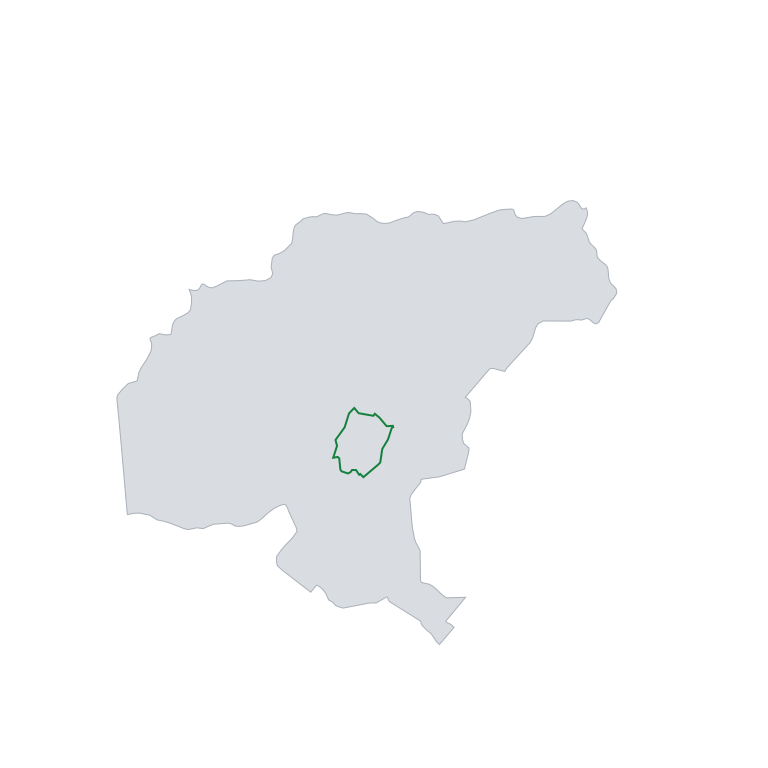 Ayod, Jonglei, South Sudan (highlighted), rotated 130°
{"feature_id": "79223893B14285446390064", "entity_name": "Ayod", "entity_type": "district", "adm_level": 2, "iso_a3": "SSD", "parent_name": "South Sudan", "parent_adm1": "Jonglei", "projection": "orthographic", "projection_center": [30.968, 8.272], "detail": "fine", "context": "in_parent", "style": "outline", "palette": "green", "viewbox_px": 768, "rotation_deg": 130, "n_neighbors": 0, "source": "geoboundaries", "source_scale": "gbopen_adm2", "svg_char_len": 4224}
<svg xmlns="http://www.w3.org/2000/svg" viewBox="0 0 768 768"><g transform="rotate(130 384 384)"><path d="M587.3,558.5L567.8,578.3L566.5,579.5L564.1,581.0L556.1,581.1L548.0,580.2L540.4,575.1L532.8,579.1L527.9,580.4L525.1,580.8L518.2,581.5L508.7,583.6L504.3,586.3L502.0,588.4L500.1,592.2L499.1,592.6L497.3,592.1L494.9,590.6L489.8,588.4L487.2,583.5L484.8,580.6L482.8,579.1L474.7,583.9L470.8,585.1L467.6,585.0L461.7,582.2L455.2,579.9L451.8,579.9L446.8,582.8L441.1,587.2L438.2,591.5L436.8,594.1L434.8,590.1L432.9,587.7L430.1,586.7L424.7,587.7L423.3,586.3L423.1,582.9L422.3,579.8L420.9,577.5L416.7,575.2L405.9,570.5L397.5,561.0L393.3,556.7L390.3,553.8L386.0,546.4L381.0,541.3L375.0,539.0L371.1,540.1L367.0,545.5L359.3,550.6L355.8,550.8L351.3,548.0L345.6,546.0L335.5,545.1L331.3,547.5L325.7,551.4L321.1,553.7L318.2,553.9L315.5,553.0L312.4,552.4L309.8,552.3L304.4,548.7L301.5,546.1L299.7,543.5L296.6,541.8L293.0,540.3L290.5,538.1L289.2,535.2L287.2,531.6L284.6,528.3L276.3,522.4L273.9,519.0L272.2,515.6L268.8,511.8L265.2,506.8L264.1,499.6L264.0,493.7L263.2,491.0L261.7,488.3L259.9,486.0L257.1,483.3L250.3,479.5L243.4,475.1L240.1,472.5L233.8,471.5L230.0,469.0L226.8,463.5L225.6,459.1L222.4,455.6L221.1,453.2L220.3,450.3L223.0,441.7L219.3,438.6L213.9,434.5L210.0,430.1L207.6,426.1L200.6,420.7L185.4,412.6L176.6,407.5L171.8,402.9L167.7,398.4L167.3,396.6L170.1,392.2L170.5,388.6L168.4,384.5L159.3,376.8L152.1,368.4L146.6,365.7L133.4,363.2L129.6,362.2L125.6,360.6L121.8,356.8L120.5,352.3L122.6,345.3L121.4,343.1L119.1,342.4L119.8,341.0L122.4,337.6L126.5,335.4L137.5,332.1L138.1,330.8L138.4,326.3L139.4,324.2L143.2,318.1L143.8,315.7L144.1,310.5L144.6,308.0L145.7,306.3L148.8,303.3L149.9,301.5L150.4,297.5L150.2,289.6L151.8,286.5L158.8,279.4L160.7,276.2L161.4,273.3L161.4,270.4L161.9,267.5L164.0,264.8L165.7,263.9L170.8,263.2L174.3,263.8L198.5,259.2L201.4,259.9L202.6,262.8L202.4,267.4L202.8,269.7L204.1,271.3L207.9,273.6L210.5,277.3L211.9,278.7L215.7,281.3L233.5,302.7L238.6,304.7L243.5,304.0L253.4,299.7L258.3,298.7L292.7,300.2L296.5,299.6L296.8,299.7L301.9,310.4L304.4,312.8L342.1,313.2L341.4,310.1L341.9,306.8L348.6,300.3L349.6,299.5L355.4,296.4L361.1,294.4L372.1,292.0L376.1,288.2L378.3,284.7L378.4,277.8L379.8,276.6L382.5,275.0L395.1,268.9L397.3,267.6L419.6,282.0L432.1,293.4L432.9,293.9L433.5,294.1L434.2,293.7L434.8,293.2L436.3,292.7L441.7,292.6L451.8,292.0L455.2,290.6L475.5,270.3L480.7,263.8L482.0,262.5L484.9,257.9L488.0,250.0L488.6,249.1L510.8,230.0L511.6,228.5L511.8,227.3L508.4,220.9L507.7,217.7L507.5,212.7L508.1,204.9L507.9,200.0L507.6,198.6L507.4,198.4L495.0,184.4L526.2,184.2L526.3,182.4L526.2,181.9L525.6,180.2L525.2,178.0L525.2,176.7L525.4,175.6L525.4,175.0L525.3,174.4L525.3,174.1L525.5,173.9L547.9,174.1L547.7,178.0L545.0,187.4L545.1,192.9L544.5,199.3L543.8,201.2L542.6,202.7L542.2,203.5L542.2,204.2L547.2,239.8L546.8,241.3L545.6,243.5L545.3,244.3L545.2,244.8L545.7,245.2L556.1,249.0L556.6,249.2L557.1,249.6L560.8,254.1L581.5,270.9L582.2,271.7L584.3,277.1L584.6,277.9L584.7,279.1L584.6,280.1L584.1,283.3L584.3,284.7L584.7,285.7L585.0,286.8L585.0,287.1L584.8,287.9L581.8,294.1L580.8,298.5L580.6,302.1L580.8,304.3L581.1,305.6L581.4,306.2L581.7,306.4L590.6,306.3L590.6,308.3L592.0,340.5L592.0,344.1L591.7,348.6L590.7,350.4L588.2,353.0L585.1,355.4L577.1,356.0L570.4,356.0L565.7,355.5L559.2,355.3L553.1,355.9L550.9,357.9L542.9,375.0L540.4,379.3L539.8,381.9L540.6,383.3L543.7,385.5L550.7,388.5L558.6,390.2L564.5,390.9L568.5,391.7L571.7,392.7L583.0,400.4L586.6,403.9L588.6,407.1L589.1,410.5L590.8,414.0L601.1,424.6L610.9,429.5L614.7,435.2L618.4,438.0L621.8,440.9L623.7,445.3L628.0,458.2L630.9,464.9L633.9,470.4L635.1,479.4L637.5,483.3L639.9,488.2L643.9,492.6L648.1,495.9L648.9,496.8L606.6,539.1L587.3,558.5Z" fill="#d9dde1" stroke="#a8b0b8" stroke-width="1"/><path d="M421.5,391.4L429.0,391.9L442.5,386.3L458.0,385.2L461.6,380.2L473.1,375.5L469.6,372.5L469.8,370.4L477.6,362.4L478.2,360.5L475.7,354.1L473.0,353.0L470.4,353.2L467.9,350.1L469.5,344.7L468.2,344.4L468.6,339.9L449.9,336.7L446.6,336.4L434.8,343.6L423.9,345.3L412.7,349.8L411.1,349.2L410.4,350.4L413.9,354.1L414.6,354.9L412.7,365.8L412.7,371.9L415.2,371.7L419.0,378.3L422.7,384.7L421.8,389.6L421.5,391.4Z" fill="none" stroke="#15803d" stroke-width="2"/></g></svg>